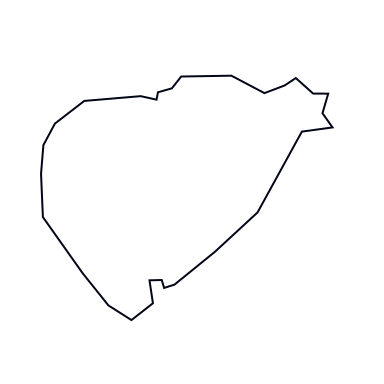 the district of Green, Kentucky, United States of America, rotated 80°
{"feature_id": "52423323B48611820693304", "entity_name": "Green", "entity_type": "district", "adm_level": 2, "iso_a3": "USA", "parent_name": "United States of America", "parent_adm1": "Kentucky", "projection": "natural_earth1", "projection_center": [-85.565, 37.291], "detail": "fine", "context": "isolated", "style": "outline", "palette": "ink", "viewbox_px": 384, "rotation_deg": 80, "n_neighbors": 0, "source": "geoboundaries", "source_scale": "gbopen_adm2", "svg_char_len": 509}
<svg xmlns="http://www.w3.org/2000/svg" viewBox="0 0 384 384"><g transform="rotate(80 192 192)"><path d="M83.6,282.3L100.8,315.1L120.0,330.2L147.8,337.5L190.8,343.2L253.2,313.7L289.2,294.0L307.6,273.9L294.8,249.8L271.6,249.2L273.4,237.1L281.6,236.1L280.2,225.4L254.9,179.9L223.5,131.0L151.6,73.3L152.8,42.4L137.1,49.8L118.8,40.8L116.1,55.6L97.8,70.0L103.2,82.4L107.2,103.5L84.3,133.0L76.4,182.6L86.4,193.8L87.9,208.2L94.9,210.9L88.7,225.9L83.6,282.3Z" fill="none" stroke="#020617" stroke-width="2"/></g></svg>